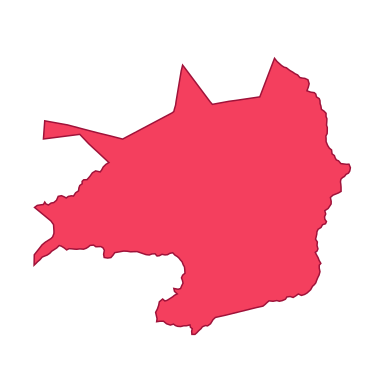 the district of Brejo de Areia, Maranhão, Brazil, rotated 186°
{"feature_id": "56859067B39393639744648", "entity_name": "Brejo de Areia", "entity_type": "district", "adm_level": 2, "iso_a3": "BRA", "parent_name": "Brazil", "parent_adm1": "Maranhão", "projection": "albers", "projection_center": [-45.637, -4.369], "detail": "fine", "context": "isolated", "style": "filled", "palette": "rose", "viewbox_px": 384, "rotation_deg": 186, "n_neighbors": 0, "source": "geoboundaries", "source_scale": "gbopen_adm2", "svg_char_len": 3562}
<svg xmlns="http://www.w3.org/2000/svg" viewBox="0 0 384 384"><g transform="rotate(186 192 192)"><path d="M213.6,59.3L210.4,60.1L206.8,60.5L203.6,58.3L199.6,57.4L196.6,58.7L194.6,57.5L192.3,56.9L189.2,57.0L186.2,58.1L183.5,58.4L180.1,59.6L179.4,57.3L177.5,56.1L177.8,53.5L177.2,50.4L174.2,50.7L172.6,52.4L170.7,54.9L168.7,57.1L167.6,59.0L164.8,60.6L162.5,60.5L159.8,62.9L157.7,67.3L155.6,69.7L145.7,73.0L115.6,83.9L109.5,85.9L107.5,87.9L106.0,89.7L104.0,91.8L100.0,91.8L96.3,92.9L93.7,92.5L90.9,93.4L87.9,95.1L86.6,97.6L83.4,98.3L80.4,97.7L77.9,99.6L75.6,101.7L72.4,100.6L69.3,101.9L67.0,103.6L63.8,107.2L62.3,110.8L60.6,112.7L59.4,114.6L58.8,117.2L57.9,120.2L57.0,122.5L56.4,126.1L57.5,129.6L57.8,132.5L56.4,134.5L58.4,137.2L59.7,139.8L61.8,142.8L63.1,144.9L61.5,146.3L60.8,148.6L62.1,152.0L62.1,155.4L64.2,158.0L63.8,160.6L63.5,163.2L63.6,165.5L62.7,168.1L60.0,170.2L58.8,173.1L55.9,174.4L55.2,176.7L57.0,178.7L57.6,181.2L56.7,184.1L58.0,187.3L54.9,189.8L53.7,192.1L52.4,194.6L52.6,197.2L53.8,201.0L51.5,203.6L46.2,206.4L43.8,208.2L44.3,212.5L44.8,215.1L45.4,217.6L45.3,220.2L43.8,222.1L42.0,223.4L40.6,225.7L38.4,227.1L37.3,229.3L37.0,232.7L38.8,236.1L41.2,235.7L46.9,235.8L49.5,238.3L51.8,239.0L53.2,240.9L54.2,243.1L56.7,244.6L57.6,248.4L60.0,250.0L61.9,252.4L63.9,256.1L64.2,258.9L64.7,261.7L63.7,264.2L63.9,267.4L64.2,270.3L65.2,272.5L65.3,276.0L65.5,279.0L66.6,281.1L66.9,284.3L69.1,286.2L71.9,287.7L72.8,291.0L73.8,293.2L74.3,296.3L75.3,298.2L78.2,299.6L79.1,302.3L80.8,303.6L84.3,303.7L88.3,304.7L87.3,308.4L86.8,311.9L88.4,315.7L91.6,316.8L94.0,316.8L96.7,317.1L99.2,319.5L101.7,320.3L104.2,321.7L107.4,323.1L111.1,325.4L113.6,325.8L116.1,327.1L118.6,328.9L121.1,330.7L123.9,333.6L134.5,293.7L157.9,287.7L164.6,286.1L180.9,281.3L183.3,283.5L212.2,314.7L214.6,317.2L215.4,311.2L217.3,280.3L217.4,276.7L218.1,273.0L218.5,270.1L220.1,268.6L236.0,257.9L266.5,237.4L275.4,238.7L278.7,239.2L291.4,240.9L306.7,243.2L322.7,245.7L329.6,246.2L345.9,247.4L345.3,229.2L309.6,237.6L299.9,229.3L293.8,224.7L290.8,222.5L277.7,212.6L280.5,210.5L282.9,207.6L284.2,204.4L285.4,202.4L290.1,202.9L293.1,200.6L295.2,196.8L297.7,193.3L301.0,192.8L302.4,191.1L302.1,188.7L304.3,186.7L304.9,184.3L305.0,181.3L307.7,179.0L309.4,175.6L311.6,175.6L314.5,174.7L316.5,172.9L318.5,173.8L321.4,174.7L324.6,173.7L325.9,169.6L328.4,167.0L331.0,166.3L333.4,164.1L335.9,164.8L337.4,166.6L338.4,164.1L341.6,163.3L344.5,162.5L347.0,160.2L329.3,148.5L326.3,145.1L325.2,138.7L325.0,136.3L325.9,132.8L327.4,130.9L332.5,126.9L335.5,123.9L337.6,120.5L342.3,113.1L341.4,102.7L339.7,104.7L338.3,106.5L336.2,108.7L334.2,111.6L331.7,113.0L329.5,114.1L327.0,116.2L325.3,118.5L320.7,122.2L318.5,124.9L316.3,124.5L313.2,123.0L310.6,121.3L308.4,122.8L305.5,122.9L303.0,122.9L300.6,123.0L297.7,123.7L293.8,123.8L291.3,125.0L289.5,126.4L287.8,128.2L284.3,128.9L281.9,127.5L276.9,128.2L274.7,127.2L273.1,124.9L273.4,120.8L272.5,117.7L269.0,117.5L265.8,118.3L263.9,121.0L262.5,123.6L258.3,124.8L253.8,126.1L250.4,126.3L246.9,126.1L243.6,126.6L240.3,127.0L231.1,124.9L227.9,124.9L225.4,126.2L222.3,126.7L220.1,124.7L217.9,125.2L215.3,126.9L212.3,126.6L209.8,127.1L207.8,128.6L204.9,129.6L202.3,127.4L199.9,126.3L198.0,124.9L196.3,123.1L194.6,121.6L193.0,118.5L191.7,116.8L191.1,114.1L190.5,110.5L192.6,108.3L193.5,105.5L192.3,103.1L191.4,100.4L192.4,97.8L193.3,94.8L195.7,93.8L200.0,94.2L199.0,91.3L196.0,89.1L198.6,87.5L200.2,85.8L203.2,83.4L205.5,81.6L207.6,80.8L210.0,82.5L213.0,79.4L213.3,75.9L214.2,72.0L215.6,68.5L213.5,62.3L213.6,59.3Z" fill="#f43f5e" stroke="#9f1239" stroke-width="1.5"/></g></svg>